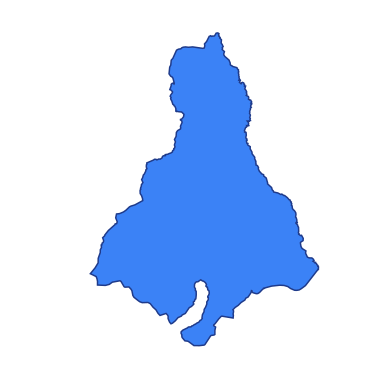 outline of Bukombe, Geita, United Republic of Tanzania, rotated 171°
{"feature_id": "72390352B18842274411831", "entity_name": "Bukombe", "entity_type": "district", "adm_level": 2, "iso_a3": "TZA", "parent_name": "United Republic of Tanzania", "parent_adm1": "Geita", "projection": "albers", "projection_center": [31.534, -3.788], "detail": "fine", "context": "isolated", "style": "filled", "palette": "blue", "viewbox_px": 384, "rotation_deg": 171, "n_neighbors": 0, "source": "geoboundaries", "source_scale": "gbopen_adm2", "svg_char_len": 5960}
<svg xmlns="http://www.w3.org/2000/svg" viewBox="0 0 384 384"><g transform="rotate(171 192 192)"><path d="M233.4,65.1L231.8,65.5L228.6,67.4L225.5,70.1L221.9,71.1L220.9,72.1L217.6,73.1L212.8,78.2L210.5,79.0L208.5,80.4L207.7,81.1L208.1,82.1L207.7,83.4L206.7,83.7L205.8,85.6L205.2,85.6L204.8,86.3L203.9,89.8L203.4,93.4L204.1,94.2L203.8,95.9L204.5,97.7L203.9,100.5L202.9,101.8L201.7,102.6L200.3,102.4L197.1,103.9L195.6,102.5L194.5,102.1L192.9,100.3L192.2,98.4L193.0,96.9L192.3,95.8L191.7,95.6L191.7,92.9L190.7,91.7L190.8,89.2L191.9,87.2L192.7,86.6L192.9,85.6L192.4,85.2L192.8,83.1L194.6,81.1L194.9,79.0L196.7,76.0L198.3,74.2L198.9,71.8L200.9,69.2L201.8,66.2L201.7,65.4L203.5,63.9L204.1,63.9L205.7,62.3L207.7,61.8L209.5,60.8L210.3,60.8L212.1,59.8L213.3,59.7L214.0,59.0L216.7,59.2L217.8,58.5L222.7,57.0L224.6,55.6L224.9,54.3L224.8,53.6L224.4,52.9L224.6,50.8L224.5,49.8L222.3,46.1L219.5,45.3L218.5,44.5L214.1,40.0L208.7,39.1L204.0,38.9L203.1,39.3L196.2,46.9L195.6,47.3L192.6,47.3L191.7,47.7L191.0,51.9L189.8,54.9L191.5,56.6L191.2,57.5L189.9,58.2L185.4,62.5L182.8,64.5L181.9,64.7L171.1,61.1L170.4,63.8L170.5,65.1L169.7,67.2L169.6,68.5L170.0,69.3L167.5,71.2L164.1,72.8L160.8,75.2L156.7,77.0L155.5,78.7L153.0,79.5L149.5,83.3L148.7,85.3L148.3,85.1L148.2,83.8L147.6,83.0L144.4,81.5L142.9,81.4L141.0,82.2L137.3,85.0L135.4,85.6L135.6,85.8L128.0,86.6L119.8,86.2L115.7,85.3L112.1,83.6L109.7,81.2L106.0,78.9L104.0,78.5L101.5,78.5L99.2,79.4L94.6,81.8L80.1,95.4L79.4,95.6L79.6,96.1L79.0,96.9L78.8,98.4L79.4,98.8L79.1,99.7L80.1,100.8L80.1,101.4L80.7,102.3L81.4,102.6L81.1,103.2L82.0,103.5L83.3,104.7L82.2,105.2L82.6,106.6L83.9,108.1L86.6,108.6L88.2,109.6L89.3,113.5L89.3,114.3L88.7,116.0L92.1,119.0L92.9,121.2L92.9,124.9L92.5,125.4L89.9,126.6L89.4,128.8L90.6,132.1L91.6,132.0L93.2,133.6L92.8,134.2L93.2,134.7L93.2,135.7L92.8,136.3L92.3,140.5L92.9,142.0L92.8,142.8L94.2,144.8L94.2,145.2L92.8,145.2L92.7,145.6L93.3,146.3L92.8,147.8L93.1,150.2L93.6,151.0L92.8,153.7L92.8,155.4L93.8,157.7L94.7,158.6L95.4,160.1L95.3,162.7L95.9,163.3L95.3,164.9L95.9,166.0L95.5,166.5L96.3,167.8L96.5,168.9L97.3,169.2L98.7,171.5L101.1,174.1L101.8,174.1L103.6,175.9L104.6,175.6L107.3,177.6L111.3,179.2L111.6,180.5L112.4,181.5L112.7,184.0L116.1,188.2L115.9,189.1L116.5,194.2L118.6,196.5L118.6,197.9L120.7,199.3L121.0,200.3L122.1,201.7L122.9,204.4L122.5,205.8L122.9,206.9L123.3,207.9L124.6,208.7L124.3,209.8L124.5,210.2L124.3,210.8L124.4,212.0L124.1,212.3L124.9,215.0L124.6,216.5L126.7,220.4L126.5,222.0L127.8,225.5L127.4,227.7L129.4,229.5L129.7,230.8L129.3,231.2L130.1,231.5L130.2,231.8L130.3,234.0L129.6,234.4L129.9,234.9L129.4,235.6L130.1,236.3L130.3,237.7L129.5,239.5L129.3,242.4L130.5,242.9L130.2,243.3L130.7,244.2L128.9,247.4L128.2,247.5L127.4,248.2L127.6,249.0L126.2,248.6L125.5,248.7L125.9,249.7L125.4,250.4L125.6,252.4L126.3,253.4L125.0,253.3L124.3,252.8L123.6,253.5L123.1,253.5L123.4,254.6L122.9,255.6L123.4,256.3L122.3,258.8L122.9,260.8L122.3,261.9L122.5,262.7L121.4,264.4L121.3,265.4L120.2,266.4L120.7,267.0L120.5,268.1L120.2,268.8L119.7,268.9L119.1,269.8L119.2,270.4L119.9,270.6L119.0,271.7L119.7,273.6L120.6,273.8L120.7,274.2L121.7,274.7L121.2,276.7L121.4,277.5L123.3,278.9L122.5,279.8L122.8,281.7L122.3,282.2L122.8,284.0L123.7,285.6L122.5,288.2L123.6,288.4L123.3,289.3L123.6,289.8L123.3,290.2L123.8,290.8L123.9,291.7L125.0,292.4L125.9,292.2L126.6,291.3L128.0,292.9L126.7,294.8L127.0,295.3L128.1,295.2L127.4,296.2L127.7,297.6L127.4,298.4L127.7,299.6L127.4,300.7L127.6,302.5L127.0,303.3L127.3,304.1L127.0,305.4L127.8,306.3L128.2,307.8L132.5,309.8L132.8,310.5L134.0,311.2L134.3,311.8L134.1,313.4L134.8,316.5L138.4,320.8L139.1,322.4L139.0,323.6L138.0,325.6L139.9,328.0L139.4,329.1L139.5,330.0L138.5,330.7L139.1,333.0L139.9,334.6L139.1,337.7L140.5,339.8L140.4,340.0L140.1,339.8L140.0,340.1L141.2,341.9L140.8,342.6L141.2,343.2L140.6,344.2L141.6,345.1L143.3,345.1L145.3,342.7L147.1,342.6L147.6,342.9L148.6,342.7L149.1,343.4L150.7,343.0L154.0,338.4L156.5,336.3L156.5,334.3L157.4,332.3L158.9,332.2L168.6,335.2L172.9,335.5L175.7,336.3L178.1,336.4L179.6,336.0L180.6,335.2L183.1,335.2L185.1,334.5L190.0,327.0L191.9,325.4L193.1,320.7L194.5,318.8L196.2,312.3L195.0,309.8L193.5,308.5L193.0,307.3L192.5,302.2L192.9,301.5L193.7,302.5L194.8,302.3L195.7,301.6L196.0,300.1L197.9,296.6L197.1,296.2L195.6,294.2L195.8,293.2L198.0,291.0L198.6,289.9L197.9,288.7L198.5,287.6L198.3,286.4L197.8,285.4L197.2,281.6L196.4,280.9L196.2,280.0L195.5,279.3L194.9,276.9L195.3,274.3L194.8,273.9L194.3,274.2L193.4,273.6L189.7,272.6L187.8,270.0L188.6,267.6L190.7,265.7L192.0,265.5L192.1,264.9L191.0,263.9L190.9,262.3L193.1,258.8L193.1,257.3L193.5,256.1L196.6,254.9L198.1,253.3L199.0,249.4L201.1,246.6L200.5,244.1L201.9,241.5L202.0,240.6L201.7,239.8L202.2,238.3L203.2,237.7L203.3,236.6L204.7,235.8L205.1,234.6L207.1,233.7L208.5,233.6L209.8,233.1L212.6,233.1L212.6,232.1L214.7,232.2L215.6,231.7L216.2,230.4L218.3,229.4L219.5,229.8L221.7,229.2L222.4,229.9L224.0,230.2L225.0,229.6L232.1,227.8L232.3,226.3L232.8,226.0L233.2,223.9L232.9,222.0L233.9,221.4L234.6,219.6L236.4,217.1L237.4,216.4L238.6,213.7L239.8,212.2L239.0,209.0L240.9,207.0L241.1,205.8L242.3,203.7L242.2,202.7L242.9,202.1L243.1,201.3L243.4,198.5L242.4,196.3L241.9,193.4L242.0,191.2L250.5,188.2L254.6,187.6L256.1,187.1L260.0,184.4L262.8,183.0L266.9,182.0L270.0,182.1L271.4,178.4L270.5,174.3L271.4,172.5L272.9,172.5L273.2,171.8L280.6,167.1L284.8,163.2L285.1,162.4L287.4,160.8L286.9,158.1L287.0,157.2L287.7,156.0L288.7,155.6L289.4,153.8L289.9,153.9L290.0,153.6L290.1,151.3L291.6,149.3L292.1,146.5L295.0,141.2L295.8,136.7L299.5,132.3L305.2,127.2L299.9,123.5L299.4,121.2L299.3,118.6L299.9,114.9L292.2,113.3L288.1,113.7L284.8,115.4L277.1,115.6L276.1,114.8L273.9,109.1L273.1,108.5L269.2,108.1L267.6,105.8L266.8,104.0L266.6,99.1L265.8,97.1L262.2,93.2L260.8,91.8L258.5,90.5L252.8,89.8L250.7,88.3L248.5,84.3L246.0,81.2L244.5,77.4L242.9,75.1L236.6,76.1L235.3,74.1L235.0,73.0L235.4,70.9L235.2,69.7L234.5,67.0L233.4,65.1Z" fill="#3b82f6" stroke="#1e3a8a" stroke-width="1.5"/></g></svg>